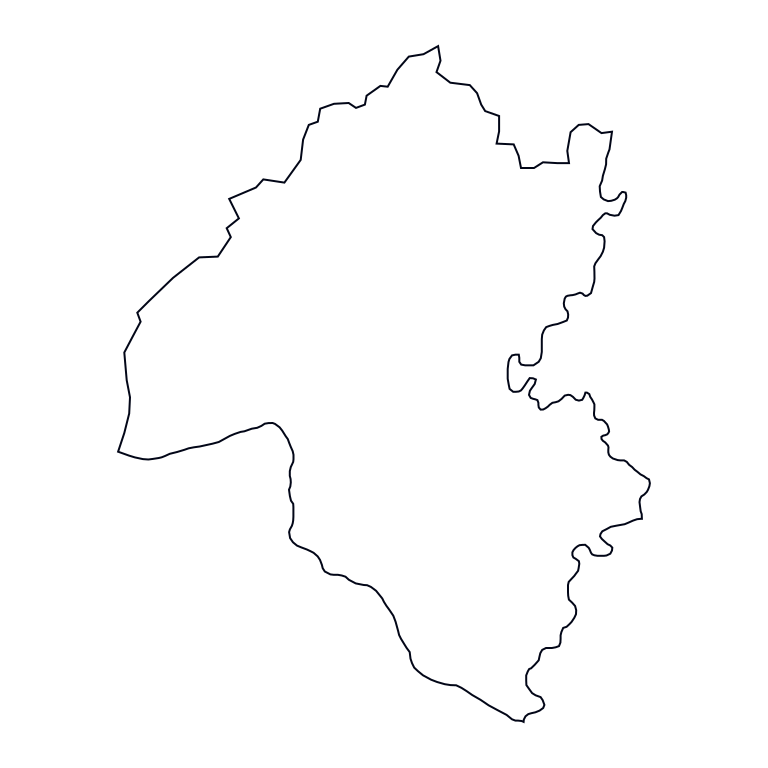 outline of Verkhnyadzvinsk, Vitebsk, Belarus
{"feature_id": "67162791B82603429459213", "entity_name": "Verkhnyadzvinsk", "entity_type": "district", "adm_level": 2, "iso_a3": "BLR", "parent_name": "Belarus", "parent_adm1": "Vitebsk", "projection": "mercator", "projection_center": [28.26, 55.859], "detail": "fine", "context": "isolated", "style": "outline", "palette": "ink", "viewbox_px": 768, "rotation_deg": 0, "n_neighbors": 0, "source": "geoboundaries", "source_scale": "gbopen_adm2", "svg_char_len": 5707}
<svg xmlns="http://www.w3.org/2000/svg" viewBox="0 0 768 768"><path d="M523.6,721.9L523.8,719.6L525.5,716.3L528.3,714.1L531.4,713.2L535.4,712.3L539.6,710.6L543.2,708.0L544.4,704.9L542.7,700.2L540.6,697.1L535.6,695.3L532.1,693.1L529.2,689.1L526.4,685.1L526.2,680.6L526.2,675.4L527.8,671.4L529.2,669.0L531.1,668.3L534.7,664.8L538.7,660.3L539.4,657.0L540.3,653.2L542.2,649.9L546.0,648.0L549.1,648.0L551.9,648.0L555.7,647.3L559.0,646.1L560.4,642.6L560.6,638.8L560.6,635.3L561.4,632.0L563.2,627.9L566.6,626.8L569.4,624.2L571.5,622.0L574.3,617.8L576.0,614.2L576.2,610.2L575.1,606.0L572.2,602.7L568.9,599.6L568.2,595.8L568.0,592.3L568.0,588.0L568.0,585.0L568.7,581.9L571.2,579.2L574.3,575.9L575.8,573.8L578.1,570.8L578.6,568.3L579.3,563.8L578.9,561.2L575.7,558.8L573.4,557.5L572.4,555.2L572.4,552.3L573.6,550.0L575.5,547.9L577.5,546.3L579.5,545.2L582.3,544.9L585.2,544.8L588.7,547.8L589.7,549.6L591.0,552.8L592.2,554.4L594.4,555.3L597.5,555.8L600.2,555.8L604.0,555.8L606.5,555.5L610.3,553.7L612.0,550.5L612.3,547.6L610.3,545.5L607.6,544.2L604.4,541.3L601.8,538.9L600.0,536.4L600.5,534.0L602.3,531.3L606.8,529.0L610.8,526.8L616.3,525.7L624.7,524.2L628.3,522.7L633.0,520.6L637.1,519.2L641.0,518.8L641.9,518.8L641.7,514.1L640.7,511.3L640.2,507.7L639.5,502.1L640.0,499.0L641.4,496.4L644.3,494.5L646.8,491.9L648.0,489.8L649.4,486.2L649.9,483.2L649.0,479.4L646.6,478.2L643.8,476.1L640.5,474.4L637.4,471.8L634.6,469.7L632.2,467.1L629.1,464.8L626.8,461.9L624.1,460.4L620.4,460.4L617.7,460.1L612.9,458.5L610.3,456.6L608.9,454.7L608.3,452.3L608.3,449.8L608.5,447.4L608.0,445.6L605.2,442.4L602.9,440.8L601.5,439.0L601.4,436.8L603.2,435.6L605.2,435.2L607.3,434.3L608.6,432.6L609.1,431.4L608.8,429.4L608.0,426.6L607.1,424.4L605.9,423.1L604.0,421.0L602.0,419.8L600.6,419.8L598.1,419.8L595.3,418.4L594.1,415.5L594.0,413.1L594.3,410.1L594.4,406.8L594.4,404.3L593.5,402.4L592.0,399.5L590.2,396.8L589.3,394.1L586.9,392.6L585.4,392.6L584.6,395.3L583.4,397.8L582.2,399.8L578.9,400.6L575.7,399.7L573.0,396.9L570.4,395.1L568.1,394.8L564.7,395.6L561.6,398.9L558.5,401.3L555.6,402.2L552.4,402.8L549.7,404.8L547.9,406.6L545.5,408.3L543.2,409.5L540.6,409.6L538.8,407.5L538.4,404.9L538.4,402.8L537.4,400.1L535.5,399.4L533.1,398.8L530.7,397.9L529.0,394.9L529.9,390.8L531.8,388.0L534.7,384.0L535.9,379.5L533.0,378.3L529.7,378.1L527.4,381.4L524.8,385.4L522.6,388.5L521.0,390.4L518.8,391.5L515.8,391.8L513.2,391.8L509.6,388.9L508.7,384.5L507.7,378.8L507.7,374.8L507.7,368.9L508.5,362.0L509.4,359.0L512.0,355.4L515.3,354.7L518.8,354.7L519.3,357.8L519.3,361.8L521.2,364.6L525.0,365.3L528.5,365.3L533.5,365.3L538.7,361.8L540.8,358.2L541.8,351.9L541.8,342.4L541.8,339.1L542.2,334.6L543.9,330.4L546.2,327.1L549.5,325.9L552.9,324.9L557.6,324.0L562.8,322.1L566.8,320.5L568.0,317.6L568.2,314.6L567.5,311.3L565.5,309.2L564.2,306.6L563.8,303.3L564.7,298.6L565.9,296.6L567.5,295.8L570.4,295.3L572.6,295.1L575.6,294.4L577.5,293.6L580.0,292.7L582.6,293.6L583.8,295.0L585.4,295.9L587.3,295.7L591.0,293.1L592.9,286.3L594.2,281.9L594.5,278.6L594.4,271.6L594.2,266.4L595.4,263.3L598.4,259.1L600.6,256.2L602.9,251.7L604.1,247.7L604.6,241.3L604.1,237.1L602.2,235.2L599.1,234.7L596.1,233.1L592.5,229.1L593.0,226.0L595.9,222.4L598.2,220.1L600.8,217.7L602.9,215.1L605.3,213.3L607.0,213.3L609.8,214.8L614.5,215.7L618.5,215.1L621.0,211.0L622.4,207.6L623.8,203.9L625.3,201.1L626.2,197.7L626.2,195.2L625.6,192.6L623.1,192.0L622.1,192.0L619.5,194.6L618.2,197.0L617.0,198.3L614.8,199.7L611.2,200.8L608.0,201.1L603.7,199.4L600.9,197.0L600.0,191.5L599.7,186.2L602.1,180.6L602.9,175.8L604.9,169.2L606.1,164.3L606.2,158.7L608.3,152.5L609.5,149.4L612.0,131.7L601.5,133.1L588.5,124.1L578.7,124.9L570.6,132.2L567.3,150.9L569.0,163.1L556.8,163.1L543.0,162.3L534.0,168.0L521.0,168.0L518.6,155.8L513.7,144.4L496.6,143.6L499.1,131.4L499.1,116.0L485.2,111.1L481.2,104.6L477.1,93.2L469.8,85.1L450.3,82.7L436.5,72.1L440.5,60.7L438.1,46.1L423.5,54.2L408.8,56.6L397.4,69.7L387.7,86.7L380.4,85.9L366.6,95.7L364.9,104.6L356.0,107.9L348.7,103.0L334.0,103.8L320.2,108.7L317.8,121.7L308.8,124.9L303.1,139.6L300.7,159.9L284.4,182.6L263.3,179.4L256.0,187.5L229.2,198.9L238.9,218.4L226.7,228.2L230.8,237.1L217.8,256.6L199.1,257.4L173.1,277.8L148.7,301.3L137.3,312.7L140.6,321.7L132.4,337.1L124.3,352.5L126.7,380.2L130.0,397.3L129.2,413.5L124.3,433.0L118.1,451.7L129.0,455.6L134.9,457.4L142.9,459.1L148.4,459.5L153.0,458.9L158.8,458.0L161.7,457.3L165.0,456.0L169.8,453.8L177.1,452.0L184.4,449.8L188.7,448.3L193.9,447.3L199.7,446.5L212.5,443.7L218.8,442.0L229.9,435.9L234.7,433.9L240.6,431.9L244.4,431.3L251.8,428.7L257.2,427.8L261.4,425.9L264.7,423.7L268.4,423.1L272.6,423.0L275.0,423.9L279.6,427.3L282.2,430.6L285.7,436.2L287.8,439.1L289.1,442.7L290.7,446.7L292.7,451.2L293.5,454.8L293.5,459.3L293.2,461.9L292.0,464.5L290.8,467.0L289.8,471.1L289.8,475.9L290.6,479.1L290.8,482.5L290.3,486.5L289.0,489.7L289.9,496.1L291.0,500.7L293.2,503.8L293.4,507.0L293.4,510.0L293.4,512.7L293.4,516.8L293.2,520.4L292.7,523.3L291.9,525.8L289.9,529.4L289.1,532.1L290.1,538.1L293.0,542.3L297.0,545.6L301.3,547.4L306.9,549.5L310.5,551.2L313.6,552.8L317.7,556.4L320.0,559.9L321.9,564.9L322.7,568.2L324.8,571.5L330.4,574.4L333.7,574.8L337.9,574.8L341.8,575.5L345.5,576.7L348.9,579.8L355.7,583.4L363.8,585.0L367.1,585.2L370.9,586.9L376.1,590.8L379.0,594.4L382.3,598.5L383.9,601.8L386.4,605.8L389.1,609.5L393.3,615.7L395.6,621.8L398.1,630.9L399.1,635.0L401.0,638.8L404.3,644.2L406.6,647.9L409.7,652.1L410.5,658.7L412.0,663.1L414.2,667.6L418.0,671.2L423.0,675.3L431.1,679.7L437.1,682.0L444.8,684.2L450.6,685.1L456.2,685.3L461.4,687.8L466.6,691.1L472.2,695.0L480.5,699.8L488.6,705.3L497.3,710.0L506.6,714.9L512.0,719.3L515.4,720.6L518.0,720.6L521.6,721.0L523.6,721.9Z" fill="none" stroke="#020617" stroke-width="2"/></svg>